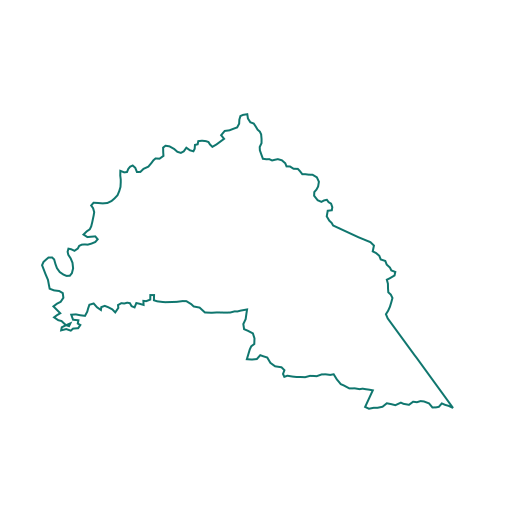 outline of Ponte Branca, Mato Grosso, Brazil, rotated 186°
{"feature_id": "56859067B10686101824472", "entity_name": "Ponte Branca", "entity_type": "district", "adm_level": 2, "iso_a3": "BRA", "parent_name": "Brazil", "parent_adm1": "Mato Grosso", "projection": "albers", "projection_center": [-52.897, -16.67], "detail": "fine", "context": "isolated", "style": "outline", "palette": "teal", "viewbox_px": 512, "rotation_deg": 186, "n_neighbors": 0, "source": "geoboundaries", "source_scale": "gbopen_adm2", "svg_char_len": 4110}
<svg xmlns="http://www.w3.org/2000/svg" viewBox="0 0 512 512"><g transform="rotate(186 256 256)"><path d="M279.5,396.1L283.6,395.0L286.1,393.6L286.8,389.9L286.6,385.8L288.2,381.9L291.9,380.1L295.6,378.2L300.2,377.1L303.3,372.5L300.0,369.2L303.7,365.8L307.1,362.7L310.8,360.0L313.5,362.2L315.2,364.4L317.9,365.0L321.7,365.0L325.4,364.2L325.7,361.0L328.3,360.1L328.2,356.2L329.2,353.6L332.7,354.2L336.6,356.4L338.8,352.5L341.5,350.7L345.1,351.4L348.6,353.9L353.5,356.0L357.5,356.2L359.7,354.1L359.1,349.3L358.5,345.9L362.1,342.7L366.1,342.5L368.0,340.5L369.7,337.6L372.4,333.6L377.0,330.9L379.8,327.5L383.2,327.1L385.3,331.1L388.1,333.1L390.5,331.7L392.1,329.3L393.1,326.0L395.8,325.4L399.8,326.5L399.4,321.8L398.5,317.8L398.2,314.9L398.0,310.5L398.8,306.2L400.1,301.9L402.7,298.5L405.4,295.6L409.3,293.2L413.9,292.3L418.8,292.2L423.1,292.0L425.2,289.0L423.0,286.5L421.5,282.7L421.7,279.1L422.1,275.4L422.4,272.4L423.0,268.2L424.1,265.2L426.9,262.8L429.8,259.3L425.7,257.2L421.7,258.0L417.9,258.7L415.2,256.1L417.3,253.1L421.0,251.1L424.5,249.7L427.5,249.6L430.4,249.1L432.9,247.6L434.0,244.8L437.1,242.2L440.5,243.4L443.3,243.7L443.8,240.5L442.8,237.6L440.1,234.3L437.8,230.1L436.6,224.6L437.3,219.7L439.1,216.9L442.4,216.4L445.6,217.4L449.5,219.5L452.7,223.1L454.6,227.0L456.4,231.5L458.6,233.2L462.2,232.8L464.4,230.5L466.7,227.9L467.8,224.5L463.4,215.9L460.4,210.5L459.0,205.8L457.8,201.9L453.3,200.7L448.0,200.6L444.3,198.9L443.2,194.3L445.5,190.0L448.9,187.8L452.2,184.7L448.5,181.7L444.7,178.6L447.7,176.4L450.4,173.9L446.0,171.5L442.6,171.0L440.4,169.3L437.7,167.3L441.7,164.8L442.0,161.7L437.1,163.5L432.4,162.4L430.3,164.7L425.3,165.6L423.5,169.0L426.2,170.2L425.9,173.5L431.3,173.5L433.6,178.3L429.0,179.1L424.6,178.7L419.8,178.6L418.0,183.0L417.5,186.2L416.6,190.1L412.5,191.8L408.8,188.4L404.6,186.1L404.5,189.0L401.2,190.6L397.6,189.6L393.3,187.9L390.1,185.2L387.5,190.0L388.1,192.8L385.0,195.0L382.0,195.0L379.2,196.1L376.5,195.9L374.5,193.1L371.4,192.2L370.1,196.7L367.3,196.4L362.7,195.6L363.3,199.6L360.5,199.6L356.6,201.6L357.0,206.1L353.3,206.5L352.9,201.3L349.5,200.6L344.0,200.5L341.2,200.6L330.1,202.1L324.2,203.5L320.5,203.8L315.3,201.3L312.7,199.3L306.7,198.8L300.9,194.5L294.2,194.9L288.9,195.8L280.4,196.5L275.7,197.1L271.5,198.7L268.7,198.9L265.5,200.1L259.3,201.9L259.5,197.8L259.7,192.1L261.5,187.0L260.2,182.0L256.3,180.8L251.0,178.7L248.9,173.9L248.5,168.3L251.3,165.7L252.4,162.5L254.3,152.4L249.2,152.6L244.4,153.6L241.4,157.8L238.6,157.1L234.2,156.2L230.5,151.2L225.5,148.3L219.0,148.0L215.8,145.4L216.8,141.5L215.2,138.8L212.3,140.2L207.0,139.9L203.2,139.9L199.3,140.3L194.5,140.6L189.9,142.4L186.6,142.7L183.1,142.8L178.3,145.1L174.3,145.6L169.7,145.5L166.4,146.5L162.7,141.7L160.5,139.6L158.3,137.4L155.3,136.5L149.4,134.1L143.8,134.7L139.0,134.4L136.1,135.2L133.1,135.0L129.6,134.9L125.8,134.6L131.7,117.3L127.7,115.9L123.2,117.3L119.4,117.7L114.4,119.3L110.5,123.2L106.0,122.8L101.8,122.2L96.6,125.3L93.9,124.4L88.3,124.0L84.5,127.5L80.7,127.4L77.2,128.9L73.8,128.9L68.5,127.5L64.7,123.8L61.0,124.3L58.4,125.1L55.8,128.8L52.3,127.7L48.8,127.1L44.2,125.5L85.7,171.6L88.1,174.1L118.5,207.7L120.7,211.7L118.9,215.3L117.5,219.5L116.6,224.2L115.9,228.5L117.9,231.7L120.6,233.7L121.3,237.4L121.9,242.2L123.4,246.1L120.8,247.7L116.2,251.1L115.8,254.7L119.9,255.8L121.6,258.5L125.1,261.1L126.9,264.6L131.6,265.6L133.4,269.1L136.9,271.5L140.4,272.8L139.8,278.7L143.6,281.7L156.2,285.4L182.5,294.4L184.2,296.8L186.8,298.8L189.8,302.8L189.4,308.5L185.4,309.4L185.2,312.5L186.8,315.9L189.4,317.1L191.4,319.3L194.1,318.4L196.6,316.7L200.5,317.9L204.5,322.0L204.7,325.7L202.8,328.4L201.5,331.6L201.2,336.4L203.7,340.6L208.2,342.7L212.1,342.4L215.4,342.5L218.5,342.2L221.3,345.1L223.5,347.0L227.8,346.7L231.6,348.6L235.0,348.3L236.6,351.3L240.3,353.9L244.4,354.6L247.2,353.7L250.0,352.7L252.9,353.7L255.7,353.3L259.3,353.4L261.3,357.5L263.2,361.5L263.7,364.8L262.3,368.8L262.7,372.9L263.6,377.5L265.2,380.1L267.6,381.8L269.7,384.6L272.1,387.5L275.6,388.4L278.4,391.9L279.5,396.1ZM437.7,167.3L433.6,169.6L434.6,166.7L437.7,167.3Z" fill="none" stroke="#0f766e" stroke-width="2"/></g></svg>